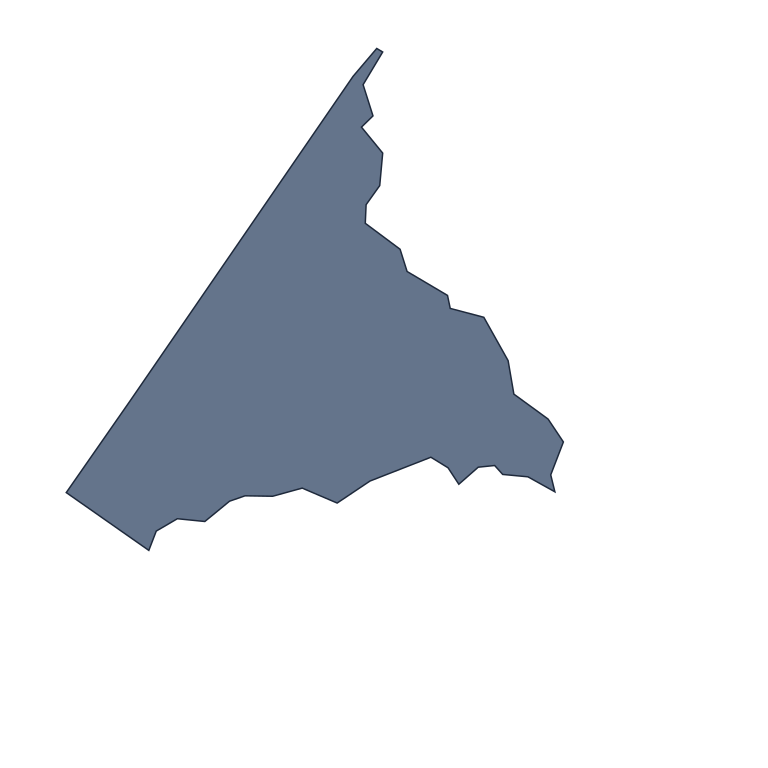 the district of Bradford, Florida, United States of America, rotated 215°
{"feature_id": "52423323B57345599867870", "entity_name": "Bradford", "entity_type": "district", "adm_level": 2, "iso_a3": "USA", "parent_name": "United States of America", "parent_adm1": "Florida", "projection": "robinson", "projection_center": [-82.215, 29.931], "detail": "fine", "context": "isolated", "style": "filled", "palette": "slate", "viewbox_px": 768, "rotation_deg": 215, "n_neighbors": 0, "source": "geoboundaries", "source_scale": "gbopen_adm2", "svg_char_len": 663}
<svg xmlns="http://www.w3.org/2000/svg" viewBox="0 0 768 768"><g transform="rotate(215 384 384)"><path d="M481.2,112.8L486.2,132.9L476.0,155.1L451.9,168.6L443.3,199.4L433.7,212.7L410.8,228.2L391.3,251.8L354.1,259.6L339.8,296.5L303.6,350.9L283.5,352.1L265.2,344.8L259.1,369.9L246.6,380.7L234.9,378.0L212.9,390.5L182.2,393.7L195.3,405.2L203.8,439.4L229.5,449.4L271.8,450.2L295.7,474.3L340.5,495.9L373.1,483.9L382.8,493.0L429.6,489.4L448.1,503.6L491.5,504.9L501.5,520.6L501.3,544.1L517.5,572.4L549.8,581.5L546.8,597.3L572.8,617.2L575.5,655.2L582.4,654.7L585.8,618.3L582.3,224.1L582.0,112.8L481.2,112.8Z" fill="#64748b" stroke="#1e293b" stroke-width="1.5"/></g></svg>